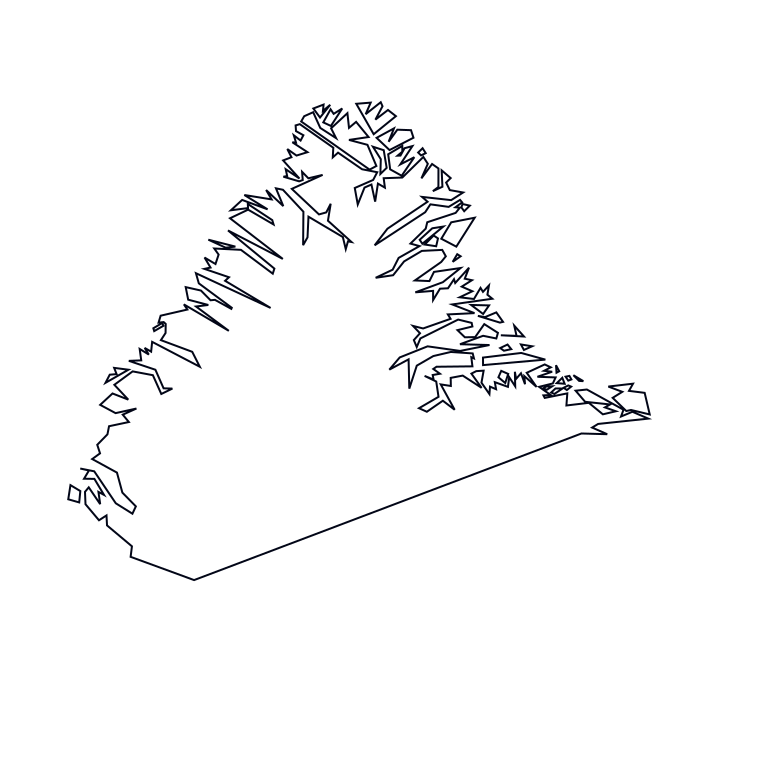 the border of Kommune Kujalleq, rotated 203°
{"feature_id": "GRL-2740", "entity_name": "Kommune Kujalleq", "entity_type": "state/province", "adm_level": 1, "iso_a3": "GRL", "parent_name": "Greenland", "parent_adm1": "", "projection": "orthographic", "projection_center": [-44.745, 61.276], "detail": "fine", "context": "isolated", "style": "outline", "palette": "ink", "viewbox_px": 768, "rotation_deg": 203, "n_neighbors": 0, "source": "natural_earth", "source_scale": "10m", "svg_char_len": 6198}
<svg xmlns="http://www.w3.org/2000/svg" viewBox="0 0 768 768"><g transform="rotate(203 384 384)"><path d="M549.7,125.9L552.6,136.1L583.7,145.6L588.1,154.6L593.1,147.2L611.8,156.7L617.1,167.9L615.4,173.5L598.3,162.5L604.7,173.1L598.4,172.5L613.5,183.5L623.1,179.6L621.8,189.1L630.6,187.5L616.6,190.4L584.3,169.4L564.9,166.3L564.6,174.4L582.4,181.8L595.2,198.1L623.3,200.9L618.3,209.2L624.2,216.0L618.9,229.6L620.6,237.7L604.0,249.3L612.5,253.7L602.3,264.7L619.7,252.3L637.1,253.9L630.2,269.2L613.3,269.7L631.9,277.9L620.3,297.4L600.2,301.8L585.1,287.8L577.0,297.1L585.2,293.9L600.0,307.8L627.9,305.6L616.7,310.9L622.6,320.8L612.0,319.2L618.4,323.7L611.0,322.8L613.9,332.2L560.3,327.9L573.1,338.7L606.5,337.2L605.0,345.6L608.4,354.0L611.0,354.9L615.5,352.4L616.3,359.6L594.1,375.7L599.3,379.1L547.6,372.3L587.3,381.9L576.6,388.1L597.2,385.1L604.4,395.7L589.0,398.5L576.4,393.3L572.5,395.4L553.9,393.5L553.9,394.7L593.8,404.3L600.4,412.5L518.1,409.7L570.6,416.9L568.4,421.7L594.3,419.8L589.2,423.4L598.6,430.3L586.0,428.6L586.8,438.5L593.2,442.4L568.1,451.6L529.5,442.1L530.0,447.4L587.6,464.4L526.0,459.6L590.5,476.4L577.2,491.4L548.0,487.7L550.9,491.2L579.7,496.5L577.9,492.8L592.8,484.1L586.5,498.0L559.4,499.3L586.4,503.4L559.6,510.0L568.3,516.5L546.2,508.4L559.9,521.9L552.9,523.3L525.5,511.1L512.7,480.2L511.7,489.1L518.9,508.5L479.3,503.2L471.9,493.2L472.9,501.2L469.4,502.0L499.4,512.4L503.5,529.1L504.2,519.4L510.1,514.7L545.1,527.6L522.2,552.5L534.0,543.8L542.3,547.3L538.5,540.0L541.3,537.4L557.6,535.5L554.4,537.6L558.4,543.3L542.1,540.1L564.2,550.4L557.8,556.6L564.8,562.5L553.8,560.1L545.0,567.5L562.8,570.7L559.3,571.8L564.2,577.7L555.9,575.5L555.4,581.5L563.8,582.4L566.4,587.5L563.0,590.3L523.0,581.7L519.7,572.6L516.7,579.0L488.1,573.1L473.0,576.3L473.7,567.6L487.5,553.0L478.3,539.0L478.7,557.2L473.5,562.7L463.4,548.4L467.9,566.1L459.9,565.1L464.7,573.3L447.8,581.2L436.5,608.4L429.7,603.8L429.9,587.9L425.7,605.3L418.1,603.7L410.9,586.6L414.4,580.6L407.3,588.4L414.4,603.2L403.1,599.6L405.5,593.7L399.2,588.2L386.0,591.2L394.0,579.5L422.1,571.1L415.1,568.8L441.5,528.3L446.8,508.0L413.2,558.2L411.5,567.5L393.7,572.3L385.9,583.2L383.0,581.7L387.3,574.6L383.1,575.9L384.9,569.5L407.4,549.8L406.3,543.3L414.5,523.6L405.2,524.8L419.8,505.8L420.7,492.6L433.2,478.5L418.1,487.7L413.4,504.7L401.2,521.3L382.8,530.2L377.0,525.7L379.0,518.7L396.0,491.4L382.4,496.5L381.8,506.7L358.8,520.7L369.6,500.7L391.0,480.6L375.2,488.9L371.6,480.5L369.7,493.6L362.5,497.1L360.5,507.8L357.9,504.8L351.2,524.3L350.8,512.5L343.6,513.9L350.5,504.0L338.9,503.9L348.2,493.4L334.4,497.4L332.7,510.2L328.9,507.5L325.9,515.7L323.7,506.6L317.6,504.8L352.3,483.9L328.4,484.6L352.4,473.0L348.2,470.0L369.7,450.4L380.0,448.8L370.7,444.8L373.7,436.1L368.3,430.8L368.3,440.2L340.9,472.3L327.2,474.5L325.1,471.5L337.4,462.3L327.8,458.6L318.4,462.8L315.1,478.3L299.1,475.6L298.4,469.8L311.6,467.1L329.6,450.3L302.1,461.1L326.8,444.2L358.6,435.7L379.9,414.6L384.7,399.3L371.0,416.3L358.9,389.6L361.0,413.7L349.5,429.0L335.0,439.6L314.3,446.8L311.2,442.7L314.1,442.8L309.5,434.8L342.4,420.4L344.5,417.1L336.5,415.3L342.7,411.3L340.1,407.5L349.8,407.3L336.9,406.7L328.8,393.5L342.3,375.4L333.7,375.2L323.3,391.6L308.9,387.9L331.6,405.8L321.7,408.3L325.0,415.7L314.8,422.5L292.7,418.6L307.6,427.7L304.1,431.9L297.5,435.2L294.8,423.3L283.0,415.9L285.4,423.0L278.8,423.0L282.7,429.0L268.8,429.8L271.4,439.2L262.3,433.1L268.3,446.4L264.4,440.3L262.1,447.4L254.1,438.9L257.9,446.1L242.4,440.9L257.0,450.1L243.7,464.8L237.0,464.5L241.8,458.7L234.0,461.0L245.6,450.6L228.6,457.1L228.8,450.5L240.1,442.0L226.3,439.0L232.8,435.8L230.6,434.0L211.6,447.0L207.7,435.5L188.1,446.7L170.7,441.6L159.9,449.5L171.5,448.8L167.9,453.5L191.9,446.2L205.0,452.7L195.1,458.2L153.5,453.9L153.1,446.7L144.5,455.5L127.2,455.4L171.3,430.9L175.4,425.2L158.9,425.0L182.9,415.6L482.2,129.3L549.7,125.9ZM481.0,575.7L562.8,593.3L562.1,599.3L555.4,606.5L542.7,594.8L524.2,591.6L532.6,598.7L523.5,619.0L516.3,606.1L512.1,614.4L494.7,605.3L511.6,595.0L492.7,597.7L476.2,581.7L481.0,575.7ZM491.1,609.9L519.0,631.1L506.2,637.8L506.3,625.2L497.1,642.1L493.9,639.1L495.2,624.0L487.4,637.8L477.7,635.2L491.1,609.9ZM161.6,469.9L176.5,469.3L154.9,481.6L155.8,473.4L140.6,477.7L127.5,459.8L146.5,456.6L150.4,453.8L168.1,460.6L161.6,469.9ZM269.8,466.2L245.0,469.5L300.2,440.1L303.2,447.0L269.8,466.2ZM388.0,540.1L385.3,559.1L365.5,572.5L371.1,538.7L388.0,540.1ZM457.2,609.1L450.8,614.1L454.8,592.5L444.7,604.6L449.1,582.6L462.2,584.0L469.9,597.1L460.2,610.3L457.9,605.0L460.7,599.5L458.1,600.7L457.2,609.1ZM487.0,607.7L474.7,623.2L474.4,608.8L471.1,623.3L458.3,628.2L453.1,622.2L470.3,601.5L487.0,607.7ZM273.7,482.4L295.5,474.5L280.8,480.1L286.9,488.6L273.7,482.4ZM542.1,601.1L540.5,616.0L535.9,613.0L530.1,621.3L533.7,600.8L542.1,601.1ZM618.3,155.9L629.6,154.5L633.1,168.4L621.7,166.8L618.3,155.9ZM475.6,599.1L466.0,584.0L469.4,575.9L474.8,589.7L486.9,598.1L475.6,599.1ZM583.0,447.6L602.1,448.2L574.5,452.4L583.0,447.6ZM640.8,276.3L640.1,285.4L634.0,288.6L638.7,293.4L624.8,297.3L640.8,276.3ZM318.0,497.4L320.1,487.2L334.7,490.8L318.0,497.4ZM324.2,483.4L317.2,485.0L308.6,493.8L298.7,487.7L301.3,485.8L324.2,483.4ZM390.9,552.1L403.5,528.1L407.5,530.7L400.4,546.2L390.9,552.1ZM396.3,540.1L391.2,539.1L389.8,531.2L401.0,528.3L396.3,540.1ZM556.7,610.0L548.8,617.6L546.9,611.5L542.6,620.0L547.0,604.3L556.7,610.0ZM272.8,432.3L281.3,434.9L281.2,441.9L273.6,441.8L272.8,432.3ZM291.1,462.5L285.7,468.6L280.5,465.8L286.6,461.5L291.1,462.5ZM262.4,476.6L268.5,470.0L273.4,473.9L262.4,476.6ZM222.3,459.4L217.8,454.8L225.3,452.3L222.3,459.4ZM201.6,464.5L205.6,463.1L213.1,466.1L201.6,464.5ZM374.7,581.7L377.7,574.4L381.9,576.9L381.9,580.4L374.7,581.7ZM435.8,612.8L439.2,608.9L443.0,610.4L440.6,616.1L435.8,612.8ZM609.8,351.4L616.2,342.9L618.1,345.2L612.0,353.5L609.8,351.4ZM368.5,523.3L367.3,532.1L363.4,531.5L368.5,523.3ZM217.9,449.6L223.3,441.4L226.8,441.5L224.4,446.9L217.9,449.6ZM229.6,461.8L233.0,468.5L227.7,464.2L229.6,461.8ZM217.2,450.7L213.8,454.7L210.7,454.7L213.3,449.9L217.2,450.7ZM213.3,461.4L215.7,459.1L219.7,461.7L216.5,463.9L213.3,461.4ZM228.3,447.6L231.8,442.4L236.1,441.9L233.6,445.1L228.3,447.6Z" fill="none" stroke="#020617" stroke-width="2"/></g></svg>